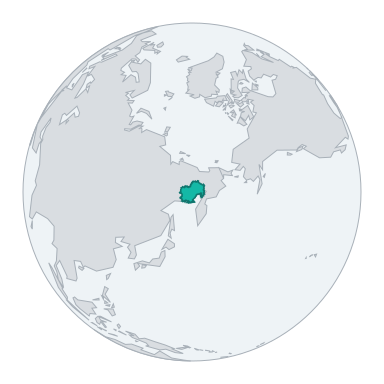 Maga Buryatdan highlighted on a globe, orthographic projection
{"feature_id": "RUS-2615", "entity_name": "Maga Buryatdan", "entity_type": "Region", "adm_level": 1, "iso_a3": "RUS", "parent_name": "Russia", "parent_adm1": "", "projection": "orthographic", "projection_center": [153.715, 62.596], "detail": "fine", "context": "on_globe", "style": "filled", "palette": "teal", "viewbox_px": 384, "rotation_deg": 0, "n_neighbors": 0, "source": "natural_earth", "source_scale": "10m", "svg_char_len": 16852}
<svg xmlns="http://www.w3.org/2000/svg" viewBox="0 0 384 384"><circle cx="192" cy="192" r="169" fill="#eef3f6" stroke="#a8b0b8"/><path d="M263.9,342.8L263.7,343.1L263.9,342.8ZM337.2,105.5L348.4,136.1L348.0,139.1L345.3,137.3L335.5,147.7L346.2,144.9L345.1,149.7L341.5,153.0L340.3,149.9L333.6,151.8L330.7,157.2L319.5,157.8L303.4,148.7L306.3,146.2L302.1,144.5L298.2,147.6L296.7,150.0L277.0,150.2L262.6,161.5L262.6,169.8L259.0,164.4L262.1,183.8L257.2,194.2L259.9,179.6L258.1,176.0L253.4,181.4L250.5,178.8L246.5,180.1L243.4,176.7L245.3,168.7L243.3,166.4L240.1,170.4L235.0,169.7L240.0,164.1L231.7,162.4L233.2,149.3L249.1,138.1L247.2,129.0L256.4,112.8L252.9,111.9L254.1,105.5L250.5,102.1L253.2,100.3L247.9,99.2L246.1,101.6L243.2,101.9L240.9,100.3L244.0,97.5L245.6,98.0L245.3,96.3L247.8,95.8L245.3,95.1L249.3,92.2L241.9,92.6L242.3,88.2L245.9,87.0L249.9,90.4L268.2,96.7L273.0,96.9L275.9,93.6L272.0,80.2L275.6,79.3L277.2,75.7L273.3,74.5L270.6,77.0L263.6,74.2L261.2,77.9L258.0,77.4L253.7,80.1L249.7,76.2L248.1,71.1L251.4,68.8L250.8,66.6L243.8,66.2L246.4,59.6L241.7,51.6L242.9,50.4L252.0,52.5L261.6,58.8L273.5,62.5L261.1,56.7L264.2,54.3L262.8,52.6L259.9,50.9L256.8,50.6L256.9,49.1L269.2,54.0L269.3,55.4L265.4,53.7L270.0,56.8L278.3,60.6L279.2,59.3L290.8,67.0L291.6,66.2L294.5,67.6L292.5,68.2L296.4,67.4L310.2,78.1L315.8,79.3L315.4,83.2L318.4,88.2L322.5,94.7L323.6,94.9L327.6,103.7L333.9,113.1L340.2,118.5L341.9,117.5L337.0,107.1L333.8,102.7L329.1,95.3L336.3,104.4L330.1,94.7L337.2,105.5ZM315.5,256.9L314.2,254.7L316.6,254.1L315.5,256.9ZM312.2,254.7L312.9,255.2L312.1,255.1L312.2,254.7ZM310.9,255.5L311.9,255.0L310.9,255.9L310.9,255.5ZM309.3,257.0L310.1,256.1L310.1,256.3L309.3,257.0ZM318.3,81.0L309.6,70.7L316.3,77.7L314.7,76.0L316.5,78.3L320.5,83.7L325.9,90.7L318.3,81.0ZM306.3,258.3L305.6,258.5L306.2,257.4L306.3,258.3ZM310.3,73.8L312.0,75.8L310.1,73.7L310.3,73.8ZM296.5,151.6L298.5,147.9L303.0,146.2L301.8,149.5L296.5,151.6ZM287.3,155.0L287.4,152.4L292.1,154.2L290.6,155.1L287.3,155.0ZM263.2,176.5L265.4,173.4L264.3,177.4L263.2,176.5ZM246.5,180.9L246.8,182.6L244.6,182.6L246.5,180.9ZM256.2,82.0L255.0,81.1L256.4,81.1L256.2,82.0ZM255.5,84.2L258.0,84.9L258.1,86.0L256.5,85.5L255.5,84.2ZM237.9,177.3L234.3,176.8L238.3,175.9L237.9,177.3ZM252.4,83.1L257.8,87.9L257.8,89.9L251.9,89.9L252.4,83.1ZM232.4,175.6L223.7,174.7L223.6,178.4L218.9,167.7L227.9,171.9L232.8,170.1L231.0,173.1L232.4,175.6ZM246.6,103.1L248.4,100.5L249.0,104.2L246.6,103.1ZM247.7,105.4L253.7,116.8L249.9,119.9L248.6,115.4L245.4,120.8L240.5,116.7L241.2,112.8L244.7,111.5L240.2,110.9L247.7,105.4ZM217.6,162.0L215.8,160.7L218.1,160.6L217.6,162.0ZM242.1,102.4L243.7,104.3L240.4,107.1L236.7,103.7L238.9,103.9L242.1,102.4ZM246.9,124.3L243.8,125.9L239.1,123.0L237.2,123.2L240.1,116.9L246.9,124.3ZM238.5,102.4L234.9,102.0L234.3,99.2L240.3,100.7L238.5,102.4ZM241.2,109.3L239.5,110.5L239.2,108.7L241.2,109.3ZM230.2,89.2L232.2,91.3L230.6,92.9L230.2,89.2ZM233.6,102.0L233.8,103.0L233.4,103.9L231.0,103.1L233.6,102.0ZM236.5,115.3L235.1,113.8L235.1,117.8L231.5,115.9L234.0,112.0L231.4,112.9L230.3,112.3L233.6,109.8L236.5,115.3ZM227.4,105.0L229.4,99.7L226.1,95.3L227.4,93.7L232.4,101.1L227.4,105.0ZM230.8,108.0L229.0,105.8L231.4,104.9L234.2,105.8L230.8,108.0ZM228.2,116.0L233.0,119.9L232.3,120.6L228.2,116.0ZM225.9,103.9L225.5,105.2L225.4,103.7L225.9,103.9ZM226.9,112.4L228.7,113.7L227.9,114.5L226.9,112.4ZM223.1,106.9L223.7,105.2L225.6,105.7L223.1,106.9ZM224.4,109.6L222.8,110.4L225.9,107.0L225.4,110.0L224.4,109.6ZM225.8,113.0L225.9,113.9L225.2,112.3L225.8,113.0ZM215.5,105.9L218.9,101.5L223.2,102.7L219.2,106.8L215.5,105.9ZM158.5,26.4L144.3,32.4L135.6,35.3L113.4,48.1L110.0,50.0L108.2,48.7L88.1,61.8L86.8,65.2L72.9,78.6L66.5,87.8L71.8,89.9L82.4,74.7L88.6,72.0L83.5,83.9L74.9,98.1L77.0,97.5L86.0,88.8L87.7,92.5L89.6,85.9L86.1,88.2L87.2,84.3L90.5,82.0L90.9,83.3L94.6,79.4L91.4,74.4L87.5,76.2L94.8,66.5L89.0,68.7L89.7,66.3L99.7,61.8L101.5,62.2L117.1,55.4L115.8,54.0L101.1,60.5L104.0,58.3L102.2,56.8L106.0,56.2L122.4,50.0L131.4,43.4L136.6,35.8L143.2,32.9L151.6,30.8L156.1,34.0L140.8,40.1L142.2,41.7L150.8,41.6L145.4,43.6L147.0,44.4L141.8,47.1L139.8,52.6L135.2,55.9L139.6,59.8L137.9,62.2L135.8,59.1L131.9,58.9L121.4,68.1L120.8,70.4L124.5,72.3L121.1,74.7L126.1,75.4L122.5,82.1L131.0,74.7L135.5,77.2L136.2,82.3L139.2,81.9L138.1,73.6L136.3,71.5L132.3,71.8L128.7,65.4L131.3,62.0L140.8,63.9L145.4,59.3L150.8,63.1L150.4,82.7L147.7,90.3L132.2,98.0L129.9,94.9L134.3,90.4L125.5,92.5L128.5,93.3L125.7,95.4L129.3,98.6L127.5,100.3L134.1,100.6L132.3,103.1L128.1,102.9L132.0,110.1L129.6,116.1L131.4,116.9L133.9,116.1L129.2,124.5L130.7,124.8L132.8,122.1L137.1,121.0L143.0,122.4L141.1,125.2L138.7,125.1L130.8,129.2L124.7,128.7L124.5,130.0L129.3,131.2L139.0,126.1L143.0,126.1L138.7,129.0L140.6,127.9L142.0,128.9L141.6,132.5L146.5,129.6L164.7,136.8L165.7,144.9L159.8,146.4L170.5,155.3L170.8,164.2L172.7,161.6L179.2,164.5L179.2,161.7L180.6,160.7L197.1,167.5L199.5,171.5L208.8,172.0L209.8,170.7L208.6,167.8L218.9,167.7L223.6,178.4L221.1,180.6L225.8,186.1L219.4,190.5L216.2,196.9L206.5,198.9L204.8,204.0L206.9,205.6L206.2,213.8L197.7,225.8L195.6,209.1L206.5,190.9L201.3,197.6L199.8,194.1L196.2,195.3L192.7,200.4L194.0,202.1L174.6,200.9L160.9,210.6L168.4,214.2L169.9,220.3L160.8,235.6L134.7,245.7L136.4,255.0L134.4,258.9L128.2,258.1L131.0,252.3L127.5,247.2L130.0,244.2L121.0,241.5L124.2,237.0L115.7,237.3L115.4,242.5L122.2,246.4L113.4,248.8L116.2,259.6L113.0,267.3L96.5,271.1L84.9,265.9L83.4,267.4L80.6,261.4L74.1,260.5L77.1,278.2L76.0,281.0L66.8,278.5L67.1,276.2L59.7,260.5L56.2,265.5L61.8,279.0L63.6,287.7L58.4,279.8L56.8,271.6L54.2,265.9L56.4,261.0L57.1,248.5L52.0,243.6L53.9,240.2L54.1,226.2L47.6,218.6L36.3,211.9L32.3,219.0L29.5,216.7L32.0,195.2L36.5,185.3L35.2,180.8L39.6,164.9L40.7,143.4L42.8,139.7L42.6,136.3L46.0,127.6L50.0,122.4L51.1,117.9L41.0,132.0L40.0,137.1L41.9,140.2L39.0,143.7L36.1,153.0L32.4,147.9L37.3,124.4L41.0,117.9L61.7,91.1L62.9,91.0L63.1,90.8L63.6,90.5L62.1,89.9L66.8,85.7L52.2,100.1L48.4,104.3L37.3,124.3L37.6,123.6L35.0,129.6L30.7,143.8L30.0,145.3L29.7,145.1L33.5,133.5L38.2,122.1L43.7,111.1L49.9,100.6L56.9,90.5L64.7,80.9L73.1,72.0L82.1,63.7L91.7,56.0L101.8,49.1L112.4,42.9L123.5,37.6L134.9,33.0L146.6,29.3L158.5,26.4ZM147.2,29.3L146.7,29.3L147.2,29.3ZM62.4,114.8L59.4,124.7L66.5,119.9L66.0,123.4L68.6,120.5L67.0,119.5L74.3,112.9L75.1,117.2L78.5,116.3L79.6,112.9L77.0,106.1L66.5,115.4L64.8,113.3L62.4,114.8ZM317.4,78.8L318.2,79.7L315.9,77.1L315.7,76.9L317.4,78.8ZM307.8,69.0L308.0,69.2L306.8,68.0L307.8,69.0ZM313.3,75.9L312.1,74.4L313.1,75.2L313.3,75.9ZM308.9,72.3L309.6,72.9L309.8,73.5L308.9,72.3ZM263.5,54.0L262.5,53.6L260.0,51.7L262.0,52.4L263.5,54.0ZM243.7,45.6L244.3,43.5L245.3,45.4L248.2,45.7L253.9,50.1L243.8,50.1L247.4,49.2L243.7,45.6ZM258.8,56.3L256.3,53.3L259.4,56.6L258.8,56.3ZM161.0,47.0L157.5,47.2L156.9,45.4L162.7,41.9L163.6,44.4L161.0,47.0ZM152.6,48.1L160.5,51.4L157.2,53.9L157.7,51.9L154.8,53.2L154.8,50.4L144.0,49.9L142.8,48.3L154.1,42.3L151.1,45.0L154.7,44.5L152.6,48.1ZM186.3,57.3L189.6,59.3L178.2,62.1L176.4,59.9L182.0,56.1L187.4,56.4L186.3,57.3ZM240.9,82.4L242.9,83.4L242.0,84.1L239.6,83.8L240.9,82.4ZM231.2,90.1L231.1,78.9L233.4,79.4L230.6,72.5L235.6,71.3L237.3,75.8L239.0,69.8L242.5,73.3L243.0,69.2L246.2,79.2L249.4,82.4L243.9,79.3L239.2,80.3L238.2,81.7L237.6,88.0L242.2,95.4L238.3,97.8L234.3,97.5L232.6,96.1L235.7,95.0L231.2,93.9L234.3,91.2L231.2,90.1ZM190.0,96.0L194.2,94.7L185.8,93.1L188.9,89.9L187.7,90.0L188.2,86.7L186.8,82.8L188.9,81.8L187.4,80.7L187.8,78.6L186.5,76.8L189.7,74.5L188.4,72.2L190.7,72.4L187.6,69.1L191.3,70.5L192.1,68.1L188.1,68.0L208.4,60.7L214.1,56.9L216.8,53.1L222.8,56.3L224.1,62.1L222.4,68.8L216.1,72.1L220.0,73.1L218.1,75.1L215.8,73.5L218.2,77.1L216.1,78.3L214.6,85.0L219.3,89.8L218.9,92.4L216.0,91.2L217.6,94.7L211.7,94.2L211.3,96.2L205.1,97.7L199.7,94.4L199.6,96.8L194.9,98.3L190.0,96.0ZM213.6,106.2L206.5,102.6L204.6,99.2L216.2,97.9L217.4,96.3L224.8,95.6L227.3,100.6L224.9,100.3L223.3,101.2L223.1,99.2L222.0,101.5L218.7,101.2L216.9,102.9L215.1,101.3L213.6,106.2ZM108.6,52.1L106.4,53.6L103.5,56.0L102.3,55.3L108.6,52.1ZM119.8,47.6L118.2,48.9L115.1,48.7L117.4,47.3L119.8,47.6ZM119.9,49.9L118.4,49.0L120.6,48.6L119.9,49.9ZM134.6,60.5L133.2,62.1L132.0,62.0L131.5,60.7L134.6,60.5ZM165.5,91.4L168.2,91.0L168.5,91.9L173.9,93.9L172.0,96.5L168.0,96.4L165.5,91.4ZM72.1,87.3L72.4,84.7L74.1,83.2L73.6,84.4L72.1,87.3ZM86.9,68.3L82.3,72.5L86.7,68.0L86.9,68.3ZM164.4,94.6L166.8,95.1L164.4,96.1L164.4,94.6ZM170.9,98.6L168.5,100.1L172.4,97.1L170.9,98.6ZM97.0,326.5L101.5,329.4L101.4,329.6L97.0,326.5ZM92.3,322.5L97.2,325.8L91.6,322.6L92.3,322.5ZM99.1,327.1L104.2,329.7L106.3,330.5L106.1,330.9L99.1,327.1ZM89.1,320.2L72.7,306.8L66.7,300.3L67.8,300.5L77.6,309.8L89.1,320.2ZM67.3,300.0L58.4,287.4L48.7,262.8L52.1,267.9L62.8,288.5L62.1,288.8L67.4,297.1L67.3,300.0ZM90.0,313.5L89.2,316.0L79.9,308.6L75.9,304.7L73.0,297.9L74.6,297.0L77.8,299.9L92.0,302.2L96.6,307.7L91.9,308.2L95.8,314.1L90.0,313.5ZM32.3,220.5L32.3,229.1L31.0,226.6L32.3,220.5ZM99.1,300.0L92.5,299.9L98.9,298.3L99.1,300.0ZM103.6,296.9L103.4,299.3L101.6,295.7L103.6,296.9ZM82.1,270.4L78.6,267.8L79.1,266.1L83.9,268.5L82.1,270.4ZM110.6,273.5L108.2,278.5L106.7,279.6L106.3,275.4L110.6,273.5ZM151.9,119.2L146.5,113.4L141.4,111.3L136.5,113.3L141.0,108.2L148.9,111.4L151.9,119.2ZM163.3,134.3L167.5,132.8L167.3,135.3L166.3,135.9L163.3,134.3ZM164.7,132.1L166.8,126.9L170.3,127.3L167.9,131.3L164.7,132.1ZM165.3,110.1L163.8,108.2L165.9,107.3L165.3,110.1ZM94.0,329.6L105.7,336.8L115.0,339.5L125.4,344.4L131.6,344.1L143.0,348.2L141.0,349.8L154.4,354.6L159.8,351.0L171.6,358.0L183.9,360.1L190.7,361.0L177.8,360.4L165.0,358.8L152.3,356.2L139.9,352.7L127.8,348.3L116.1,342.9L104.8,336.7L94.0,329.6ZM220.4,357.3L223.0,357.0L228.3,356.5L224.0,357.2L220.4,357.3ZM257.5,346.1L259.4,345.6L256.4,346.8L257.5,346.1ZM263.7,343.1L260.1,344.6L263.9,342.8L263.7,343.1ZM229.9,353.6L231.6,353.5L230.6,353.8L229.9,353.6ZM228.8,353.7L229.8,353.0L230.1,353.4L228.8,353.7ZM215.1,352.5L216.3,352.1L217.1,352.2L215.1,352.5ZM108.2,333.3L114.1,334.7L117.7,336.3L108.2,333.3ZM212.7,352.0L209.2,352.1L209.4,351.7L212.7,352.0ZM212.6,351.1L212.0,350.6L214.6,351.7L212.6,351.1ZM205.6,350.2L210.1,351.0L205.1,350.3L205.6,350.2ZM203.2,350.4L200.1,349.9L200.3,349.8L203.2,350.4ZM172.3,349.0L183.2,353.5L175.2,352.6L165.9,349.2L159.9,349.9L145.6,345.9L148.5,345.6L146.2,343.0L132.3,337.5L129.5,335.0L134.2,335.8L125.5,331.1L135.0,334.2L139.2,338.8L144.7,338.2L154.9,341.7L165.2,345.0L174.2,348.6L172.3,349.0ZM135.6,340.8L137.3,341.4L136.0,341.7L135.6,340.8ZM194.3,348.3L198.8,349.8L198.3,350.1L196.3,349.8L194.3,348.3ZM176.2,348.4L185.6,347.1L188.0,347.4L181.8,349.4L176.2,348.4ZM183.0,345.3L187.7,346.1L190.3,347.6L189.4,347.9L183.0,345.3ZM116.2,330.0L115.9,330.7L113.5,328.9L116.2,330.0ZM119.1,331.0L126.5,335.1L118.6,331.4L119.1,331.0ZM98.7,316.7L100.6,320.0L106.6,322.2L102.0,321.4L106.4,327.1L105.2,327.5L100.7,321.6L99.7,324.3L97.1,322.6L95.3,318.6L97.8,316.3L100.4,316.2L111.5,321.9L98.7,316.7ZM119.0,328.5L117.1,325.1L118.6,324.0L120.5,326.4L119.0,328.5ZM112.2,315.9L108.0,310.0L103.7,308.8L113.1,309.0L115.4,314.7L112.2,315.9ZM109.5,306.3L105.4,305.2L110.0,304.7L109.5,306.3ZM104.7,303.4L104.8,300.7L107.8,302.9L104.7,303.4ZM111.6,307.6L113.3,303.8L114.3,307.2L111.6,307.6ZM105.1,294.2L110.4,302.4L102.4,295.4L104.7,286.6L108.3,288.7L105.1,294.2ZM141.7,268.1L142.3,264.6L146.3,265.7L144.8,267.7L141.7,268.1ZM159.8,266.5L147.6,264.8L137.8,263.5L139.7,266.1L135.4,270.2L133.9,263.6L142.4,260.9L149.4,262.9L152.7,259.0L159.2,258.1L161.3,252.1L164.9,250.5L165.1,256.7L159.8,266.5ZM161.9,249.4L167.9,239.3L174.4,243.7L174.5,246.8L169.0,249.6L166.0,247.1L161.9,249.4ZM171.2,238.2L168.3,235.8L171.0,217.3L173.1,214.6L174.5,230.6L171.8,229.2L170.1,233.1L171.2,238.2ZM215.1,162.5L215.7,160.9L216.6,162.7L215.1,162.5ZM180.4,159.2L182.5,158.1L183.4,160.2L180.4,159.2ZM188.8,156.5L186.3,154.9L189.7,155.4L188.8,156.5ZM180.6,151.5L185.7,153.7L179.6,153.3L180.6,151.5Z" fill="#d9dde1" stroke="#a8b0b8" stroke-width="1"/><path d="M191.4,202.3L190.9,202.4L190.8,202.9L190.2,202.7L190.0,202.4L189.9,202.5L189.6,202.6L189.6,202.8L189.4,202.9L188.6,202.9L188.4,203.0L188.2,202.5L188.0,202.2L188.2,202.3L188.6,202.0L189.3,202.2L189.9,202.0L189.6,201.7L189.4,201.8L189.3,201.7L189.0,201.6L188.9,201.2L188.7,201.0L188.5,200.8L188.4,200.9L187.8,200.9L187.8,201.2L187.6,201.2L187.2,201.0L187.6,200.9L187.3,200.9L186.9,200.6L185.9,200.2L185.6,200.2L185.2,200.5L185.3,200.8L185.3,201.0L185.1,200.9L184.9,201.0L184.7,200.8L184.8,200.7L184.7,200.7L184.6,200.9L184.5,201.2L184.7,201.3L184.8,201.2L184.8,201.4L184.9,201.5L184.7,201.5L184.1,201.5L184.0,201.2L183.8,201.0L183.2,201.1L183.2,201.3L182.8,201.3L182.7,201.5L182.3,201.1L182.2,201.2L181.8,201.0L182.1,200.8L182.3,200.2L182.2,200.1L182.3,199.9L182.2,199.7L182.3,199.6L182.1,199.3L181.8,199.4L181.6,199.1L181.7,198.8L181.4,198.7L181.3,198.2L180.4,198.4L180.2,198.0L180.2,197.9L180.3,197.8L180.1,197.7L180.3,197.3L180.7,197.2L181.0,196.8L181.3,197.1L181.5,197.0L181.7,196.6L181.7,196.3L182.0,196.3L182.0,196.2L182.1,195.8L182.1,195.5L182.1,195.3L182.2,195.0L182.0,194.9L182.0,194.3L181.8,193.8L181.8,193.7L181.3,193.1L181.1,193.1L181.0,192.9L180.6,193.2L180.4,193.0L180.2,193.1L179.9,192.7L179.7,192.8L179.6,192.6L180.0,192.4L180.1,192.2L180.2,192.3L180.3,192.2L180.3,191.9L180.4,191.7L180.6,191.4L180.7,191.5L180.8,191.4L180.7,191.2L180.8,191.1L180.7,190.8L180.8,190.3L180.7,190.0L180.8,189.8L180.8,189.5L180.8,189.3L181.0,189.1L181.2,188.6L181.5,188.2L181.5,187.8L181.4,187.7L182.2,187.5L182.3,187.2L182.5,187.1L182.6,186.7L183.4,187.0L183.7,187.3L183.8,187.2L184.2,187.0L184.1,187.4L184.3,187.5L184.5,187.6L184.8,187.4L184.8,187.2L185.0,187.0L185.0,186.9L184.7,186.5L184.8,186.4L184.9,186.2L185.2,185.9L185.3,186.0L185.5,186.4L186.1,186.4L186.3,186.5L186.4,186.3L186.6,186.4L186.8,186.1L187.1,186.0L187.4,186.3L187.3,186.7L187.5,187.1L188.0,187.3L188.0,187.2L188.1,186.8L188.5,186.8L188.8,186.7L189.0,186.9L189.2,186.5L189.9,186.3L190.0,186.5L189.9,186.8L190.3,186.7L190.2,186.3L190.8,185.8L190.7,185.5L190.5,185.4L190.5,185.1L190.7,184.8L190.6,184.5L190.7,184.2L191.3,184.1L191.7,183.8L191.8,183.7L191.6,183.4L191.7,183.1L191.8,182.8L191.7,182.6L192.0,182.3L192.4,182.4L192.4,182.6L192.6,182.5L192.8,182.1L192.8,181.9L192.6,181.8L192.8,181.6L192.8,181.4L193.0,181.3L193.3,181.4L193.4,181.6L193.7,181.3L193.9,181.4L193.9,181.5L194.5,181.4L194.7,181.6L195.1,181.7L195.5,181.3L195.6,181.6L195.9,181.8L195.9,182.0L196.1,182.1L196.4,182.0L196.4,181.9L196.8,181.5L197.3,181.3L197.7,181.4L197.6,181.0L197.7,180.7L197.8,180.7L198.0,180.9L198.5,181.0L198.5,181.3L198.4,181.6L198.3,181.9L198.3,182.0L198.3,182.3L198.3,182.5L199.5,183.0L199.9,183.2L199.9,183.4L200.0,183.5L200.4,184.0L201.0,183.9L201.4,184.0L201.5,184.1L201.9,184.3L202.1,184.8L202.8,185.0L203.1,184.9L203.3,185.1L203.7,185.1L203.8,185.0L203.8,184.7L204.0,184.9L203.9,185.1L203.9,185.4L204.2,185.5L204.3,185.7L204.4,185.8L204.1,186.0L204.1,186.4L203.8,186.4L203.6,186.6L203.7,187.0L203.8,187.0L203.8,187.3L203.7,187.5L203.7,187.8L203.9,187.9L203.9,188.0L204.1,188.1L204.1,188.5L203.8,188.9L204.0,189.2L204.0,189.4L203.8,189.5L203.5,189.7L203.4,189.8L203.5,189.9L203.5,190.3L203.8,190.5L204.1,190.8L204.3,190.8L204.1,191.2L204.3,191.4L204.3,192.0L203.6,192.4L203.8,192.6L204.1,192.7L204.1,193.0L203.9,193.2L204.1,193.4L204.1,193.6L204.3,193.9L204.1,193.9L204.1,194.1L203.9,194.3L203.7,194.7L203.6,194.9L203.5,194.7L203.5,194.9L203.5,195.0L203.4,194.9L203.4,195.1L203.1,195.3L203.1,195.5L202.9,195.6L203.0,195.7L202.7,195.9L202.7,196.1L202.3,196.4L202.2,197.0L202.0,196.9L202.0,197.0L201.8,196.9L201.6,197.1L201.7,196.9L201.5,197.4L201.3,197.5L201.3,197.2L201.4,196.9L201.4,196.7L201.5,196.5L201.6,196.1L201.2,196.1L200.8,196.5L200.7,196.5L200.9,196.0L200.8,195.7L200.6,195.6L200.6,195.4L200.9,195.4L200.8,195.2L201.0,195.0L200.9,194.9L201.2,194.6L201.2,194.4L201.1,194.2L201.3,194.0L201.2,193.8L201.3,193.8L201.2,193.4L200.8,193.8L200.6,194.2L200.4,194.2L200.4,194.3L200.2,194.4L200.1,193.9L200.0,194.1L199.8,194.0L199.9,193.8L199.6,193.7L199.2,193.8L199.1,194.0L198.7,194.0L198.3,194.0L198.1,194.3L197.7,194.2L197.2,194.2L197.1,194.5L196.6,194.7L196.5,195.0L196.2,195.1L196.1,195.5L196.2,196.0L195.8,196.2L195.2,196.9L195.2,197.1L195.2,197.5L194.9,197.7L194.6,197.9L194.6,198.0L194.3,198.1L194.1,198.4L193.8,198.6L193.6,198.8L193.2,199.5L193.1,199.8L193.2,199.6L193.2,199.4L193.0,199.5L193.1,200.0L192.7,200.0L192.8,200.4L193.0,200.9L192.8,200.6L192.7,200.9L192.5,201.1L192.9,201.3L193.0,201.0L193.1,201.4L193.1,201.2L193.3,201.1L193.7,201.2L193.9,201.1L194.2,201.6L194.3,201.7L194.2,201.7L194.2,201.9L194.2,202.1L193.7,202.0L193.1,202.0L192.9,202.0L193.0,202.3L192.5,202.4L192.3,202.3L192.1,202.1L192.1,201.9L191.9,202.0L191.5,201.9L191.4,202.1L191.4,202.3ZM187.4,202.1L187.6,202.2L187.3,202.5L187.1,202.5L187.4,202.1ZM185.0,201.9L184.9,201.7L185.1,201.7L185.0,201.9ZM194.7,201.6L194.8,201.6L194.7,201.6Z" fill="#14b8a6" stroke="#0f766e" stroke-width="1.5"/></svg>